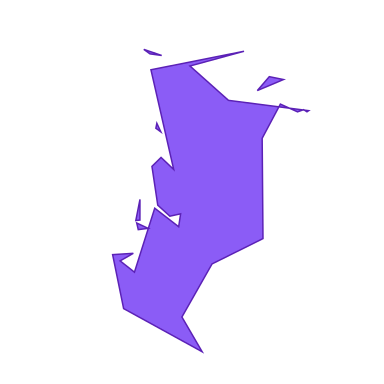 map outline of Russia (Albers equal-area conic projection), rotated 287°
{"feature_id": "RUS", "entity_name": "Russia", "entity_type": "country or territory", "adm_level": 0, "iso_a3": "RUS", "parent_name": "Europe", "parent_adm1": "", "projection": "albers", "projection_center": [98.07, 61.527], "detail": "coarse", "context": "isolated", "style": "filled", "palette": "violet", "viewbox_px": 384, "rotation_deg": 287, "n_neighbors": 0, "source": "natural_earth", "source_scale": "50m", "svg_char_len": 748}
<svg xmlns="http://www.w3.org/2000/svg" viewBox="0 0 384 384"><g transform="rotate(287 192 192)"><path d="M303.9,279.8L302.3,278.5L303.4,274.7L299.5,269.5L301.9,250.8L263.9,243.4L168.2,273.5L129.1,232.2L69.5,218.9L42.2,248.4L60.5,160.7L108.9,134.4L116.2,153.8L105.1,143.4L98.5,160.4L165.6,161.1L154.9,189.4L167.8,187.5L162.4,177.9L169.4,163.1L204.8,146.2L216.0,152.3L208.2,167.9L296.9,117.0L341.8,200.6L311.9,153.2L290.3,200.1L303.9,279.8ZM313.7,123.1L311.8,111.4L314.3,104.2L313.7,123.1ZM169.7,144.4L149.9,150.4L148.3,146.6L169.7,144.4ZM308.1,224.8L324.9,232.2L326.3,246.6L308.1,224.8ZM146.2,148.2L144.4,160.7L140.3,151.6L146.2,148.2ZM240.4,144.6L242.4,138.8L247.4,138.3L240.4,144.6Z" fill="#8b5cf6" stroke="#5b21b6" stroke-width="1.5"/></g></svg>